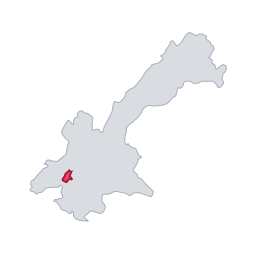 La, Oudômxai, Laos (highlighted), rotated 264°
{"feature_id": "54806243B9832797211716", "entity_name": "La", "entity_type": "district", "adm_level": 2, "iso_a3": "LAO", "parent_name": "Laos", "parent_adm1": "Oudômxai", "projection": "albers", "projection_center": [102.094, 20.932], "detail": "fine", "context": "in_parent", "style": "filled", "palette": "rose", "viewbox_px": 256, "rotation_deg": 264, "n_neighbors": 0, "source": "geoboundaries", "source_scale": "gbopen_adm2", "svg_char_len": 5360}
<svg xmlns="http://www.w3.org/2000/svg" viewBox="0 0 256 256"><g transform="rotate(264 128 128)"><path d="M85.6,26.9L86.9,29.2L92.8,35.5L93.8,37.2L95.9,38.5L97.8,44.0L98.5,44.4L99.5,44.0L100.2,43.2L100.8,41.0L101.2,40.8L101.9,42.6L103.6,43.1L104.3,43.9L104.5,45.2L104.3,46.6L102.9,49.8L102.1,54.0L107.9,63.2L110.4,64.4L116.2,65.8L120.1,67.8L121.9,67.3L123.6,65.0L125.7,63.7L129.5,61.7L130.7,61.6L132.8,62.4L136.4,64.6L141.8,68.8L141.6,69.9L140.7,71.0L137.8,72.8L136.9,73.9L137.5,74.3L139.9,74.5L142.7,75.4L143.6,76.5L144.1,79.0L144.6,79.5L147.2,79.2L148.0,79.5L149.0,80.3L149.9,82.4L149.9,84.0L147.4,86.8L147.1,88.5L145.8,90.5L142.3,93.9L141.3,94.1L134.7,92.4L129.5,92.7L129.0,93.4L129.9,95.4L130.2,97.4L129.4,98.9L126.4,100.9L126.3,101.8L127.0,102.6L131.4,104.4L145.6,113.7L152.0,115.5L154.8,116.6L155.6,117.3L155.6,118.1L154.9,119.2L154.3,121.1L154.3,122.2L155.0,123.3L156.1,124.9L160.1,128.5L163.1,129.3L166.2,133.4L167.2,137.0L168.7,139.3L176.2,147.0L182.5,151.7L186.3,156.8L188.1,157.9L188.7,159.8L189.4,165.3L191.6,168.0L192.0,169.1L193.0,169.9L194.0,170.0L196.2,168.1L196.6,168.4L197.7,171.3L198.6,172.3L201.9,174.0L205.5,177.4L207.4,178.6L209.8,179.5L210.1,180.6L209.8,181.7L209.0,182.5L205.1,184.6L204.5,185.5L207.4,189.9L214.3,195.2L216.5,198.4L216.1,200.0L214.3,203.3L213.0,204.2L212.6,205.3L213.8,207.9L213.8,211.9L212.5,212.9L211.4,215.4L210.6,215.7L208.5,214.8L204.3,219.2L202.4,219.1L200.3,221.5L197.4,221.9L195.5,220.2L191.2,217.5L189.7,215.7L188.4,217.3L186.3,218.8L183.2,218.4L182.4,220.5L181.8,220.9L178.1,221.4L177.4,221.8L178.0,223.7L180.3,226.9L181.1,228.8L179.7,231.9L175.9,232.0L174.1,230.7L171.8,228.2L166.8,226.5L163.6,227.8L162.5,227.8L160.0,225.6L159.1,224.2L158.5,222.1L162.2,220.3L164.1,218.9L165.3,217.5L165.8,216.0L166.3,209.9L166.8,207.7L166.4,205.0L165.4,203.0L165.3,199.8L165.8,197.3L167.2,196.0L168.1,194.1L168.6,190.0L168.2,189.0L166.7,188.0L164.4,187.1L162.8,185.9L162.2,184.5L162.2,183.2L162.9,182.1L161.1,180.9L156.8,179.6L154.4,178.1L153.9,176.2L152.0,173.7L148.9,170.7L147.2,166.3L147.0,160.5L147.2,155.8L148.5,150.4L146.6,146.5L144.6,144.4L141.9,142.9L139.3,140.8L136.8,138.0L133.8,133.8L130.3,128.3L127.9,125.8L126.8,126.4L124.3,125.9L120.5,124.3L117.2,123.5L114.4,123.4L112.6,123.8L111.7,124.6L111.7,125.5L112.4,126.3L112.0,127.0L110.5,127.4L109.4,128.4L108.0,130.4L107.1,133.1L105.7,134.1L103.6,134.4L101.5,135.1L99.4,136.4L98.4,137.4L98.5,138.1L98.1,138.3L97.0,137.9L96.6,137.0L96.6,135.6L95.5,134.7L93.4,134.2L90.9,132.7L86.1,128.9L85.0,128.7L83.5,129.7L81.5,131.9L79.8,132.7L78.5,132.3L77.4,133.0L76.7,135.0L75.4,136.5L69.0,140.7L63.2,146.0L61.8,146.5L58.3,144.9L57.2,143.9L62.1,133.0L62.8,130.3L62.7,126.8L60.7,123.8L60.6,123.0L60.9,122.1L63.4,118.7L66.2,109.9L66.1,107.2L64.8,104.2L64.2,101.4L64.7,97.5L64.6,96.0L63.2,95.2L58.9,94.4L56.4,95.0L55.2,96.1L53.8,96.7L51.0,97.1L48.5,95.7L46.3,93.5L45.9,90.8L48.6,84.9L49.3,82.7L49.2,81.6L48.8,80.5L48.1,80.3L46.8,78.9L45.4,76.5L44.2,75.4L43.0,75.6L41.9,76.5L40.1,78.7L39.5,78.4L41.2,70.4L42.7,66.9L44.5,65.3L46.3,64.7L48.3,65.0L50.0,64.7L51.3,63.9L51.2,63.4L49.6,63.2L49.0,62.3L49.3,60.6L50.0,59.5L51.1,59.0L52.2,57.2L53.2,54.3L54.4,52.8L55.9,52.8L58.3,51.5L61.8,49.1L63.2,46.6L64.5,47.8L64.0,50.6L64.7,51.2L65.0,52.2L64.8,53.7L65.1,55.1L65.6,55.7L66.4,56.0L70.1,54.9L72.3,54.8L76.0,56.9L78.2,55.4L78.2,54.8L76.4,52.9L77.0,45.8L76.8,40.4L73.7,36.4L73.1,34.8L72.8,32.2L72.0,29.9L74.1,28.1L75.3,24.8L76.8,24.0L77.3,24.2L79.2,26.7L81.5,25.4L83.3,25.4L84.8,26.1L85.6,26.9Z" fill="#d9dde1" stroke="#a8b0b8" stroke-width="1"/><path d="M82.7,57.1L82.6,57.3L82.7,57.5L82.6,57.8L82.5,58.0L82.4,58.1L82.2,58.3L82.1,58.5L81.9,58.7L81.8,58.8L81.7,58.9L81.7,59.0L81.5,59.3L81.4,59.5L81.2,59.7L81.1,59.8L81.1,60.0L80.9,60.2L80.9,60.3L80.8,60.5L80.7,60.5L80.8,60.7L80.8,60.8L81.0,60.8L81.1,60.7L81.3,60.7L81.3,60.8L81.3,61.0L81.4,61.3L81.2,61.4L81.3,61.5L81.2,61.6L81.3,61.6L81.3,61.8L81.3,62.0L81.5,62.2L81.5,62.3L81.6,62.5L81.8,62.6L82.0,62.8L82.1,63.0L82.4,63.1L82.5,63.1L82.7,63.3L82.8,63.3L82.9,63.5L83.0,63.6L83.0,63.8L83.0,64.0L83.0,64.3L83.2,64.5L83.2,64.8L83.2,65.0L83.1,65.3L83.1,65.8L82.9,66.0L82.9,66.3L82.8,66.6L82.7,66.6L82.8,66.8L83.0,66.9L83.2,67.0L83.3,67.1L83.5,67.0L83.7,66.9L83.8,66.9L83.9,66.7L84.0,66.7L84.3,66.4L84.5,66.3L84.6,66.2L84.9,66.1L85.0,66.1L85.1,65.9L85.0,65.7L85.1,65.4L85.3,65.3L85.4,65.2L85.5,65.2L85.8,64.9L86.0,64.9L86.3,64.9L86.5,65.0L86.8,65.3L87.0,65.5L87.3,65.6L87.5,65.6L87.8,65.8L88.0,65.9L88.0,66.0L88.3,66.2L88.5,66.3L88.8,66.4L88.8,66.5L89.0,66.5L89.3,66.6L89.5,66.6L89.8,66.8L90.0,66.9L90.1,67.0L90.4,67.2L90.6,67.4L90.6,67.2L90.7,66.9L90.7,66.6L90.6,66.3L90.7,66.1L90.8,65.9L91.0,65.9L91.2,65.7L91.3,65.7L91.5,65.6L91.7,65.4L91.8,65.4L92.1,65.3L92.2,65.2L92.3,64.9L91.9,64.7L91.6,64.6L91.4,64.5L91.2,64.5L91.2,64.4L91.0,64.2L90.9,64.0L90.8,63.9L90.8,63.7L90.7,63.4L90.6,63.1L90.6,62.9L90.4,62.8L90.3,62.6L90.1,62.4L90.0,62.2L89.9,62.1L89.8,61.9L89.6,61.7L89.4,61.8L89.3,61.7L89.2,61.6L89.3,61.5L89.3,61.4L89.3,61.2L89.2,61.2L89.0,60.9L88.9,60.8L88.8,60.7L88.7,60.7L88.3,60.5L88.2,60.5L87.9,60.4L87.7,60.4L87.5,60.2L87.4,60.2L87.2,60.1L86.7,59.9L86.6,59.7L86.4,59.5L86.3,59.4L86.2,59.3L85.9,59.3L85.7,59.2L85.5,58.9L85.4,58.9L85.2,58.7L85.1,58.4L85.0,58.2L84.9,58.2L84.7,57.9L84.4,57.8L84.2,57.9L83.9,57.9L83.7,57.7L83.4,57.4L83.2,57.2L82.8,57.2L82.7,57.2L82.7,57.1Z" fill="#f43f5e" stroke="#9f1239" stroke-width="1.5"/></g></svg>